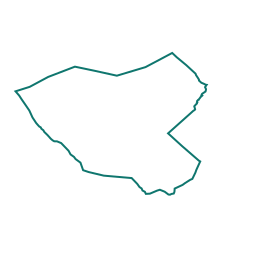 Tema Metropolitan, Greater Accra, Ghana, rotated 67°
{"feature_id": "2480657B34044169329977", "entity_name": "Tema Metropolitan", "entity_type": "district", "adm_level": 2, "iso_a3": "GHA", "parent_name": "Ghana", "parent_adm1": "Greater Accra", "projection": "natural_earth1", "projection_center": [-0.004, 5.649], "detail": "fine", "context": "isolated", "style": "outline", "palette": "teal", "viewbox_px": 256, "rotation_deg": 67, "n_neighbors": 0, "source": "geoboundaries", "source_scale": "gbopen_adm2", "svg_char_len": 1282}
<svg xmlns="http://www.w3.org/2000/svg" viewBox="0 0 256 256"><g transform="rotate(67 128 128)"><path d="M50.3,217.2L55.6,215.5L60.1,214.7L66.4,213.4L73.4,212.0L81.0,211.8L87.5,210.6L90.0,209.8L91.7,209.2L92.0,209.1L93.3,208.1L94.9,208.0L97.0,206.8L98.9,206.6L103.2,204.8L107.7,203.3L109.9,202.2L111.4,201.1L112.6,198.5L115.8,195.4L125.8,191.6L129.9,191.2L133.5,189.0L136.1,188.4L141.3,185.3L149.3,185.8L153.2,181.4L162.4,168.9L175.5,144.2L183.1,141.3L186.8,140.5L189.0,139.1L191.2,139.1L193.3,137.4L195.6,137.3L197.0,133.5L197.0,125.7L197.3,122.8L201.0,119.1L204.3,117.2L205.0,116.8L205.8,115.4L205.7,113.7L206.2,111.5L204.9,110.2L202.0,108.7L201.7,100.0L201.0,97.0L200.0,91.0L200.0,88.7L198.9,87.4L195.4,83.4L193.4,81.6L187.0,74.6L185.8,75.5L166.0,85.2L148.6,93.2L137.7,61.2L137.5,59.7L137.0,58.9L133.9,58.5L132.7,55.9L132.4,55.0L131.7,54.8L131.4,54.1L130.3,54.0L129.5,52.4L129.6,51.8L129.2,51.4L128.4,49.9L128.0,49.4L127.2,47.1L126.5,47.6L125.5,46.4L124.7,42.4L123.4,41.4L122.7,41.0L120.5,41.1L119.0,38.8L118.6,39.5L117.4,40.5L116.3,41.5L115.0,42.8L112.1,44.1L111.1,43.8L109.1,44.1L105.9,44.7L104.4,44.6L92.9,49.8L90.2,51.2L81.9,55.5L76.2,58.0L78.8,88.1L75.5,117.8L62.2,136.5L50.8,152.9L49.8,181.5L51.7,202.4L50.3,217.2Z" fill="none" stroke="#0f766e" stroke-width="2"/></g></svg>